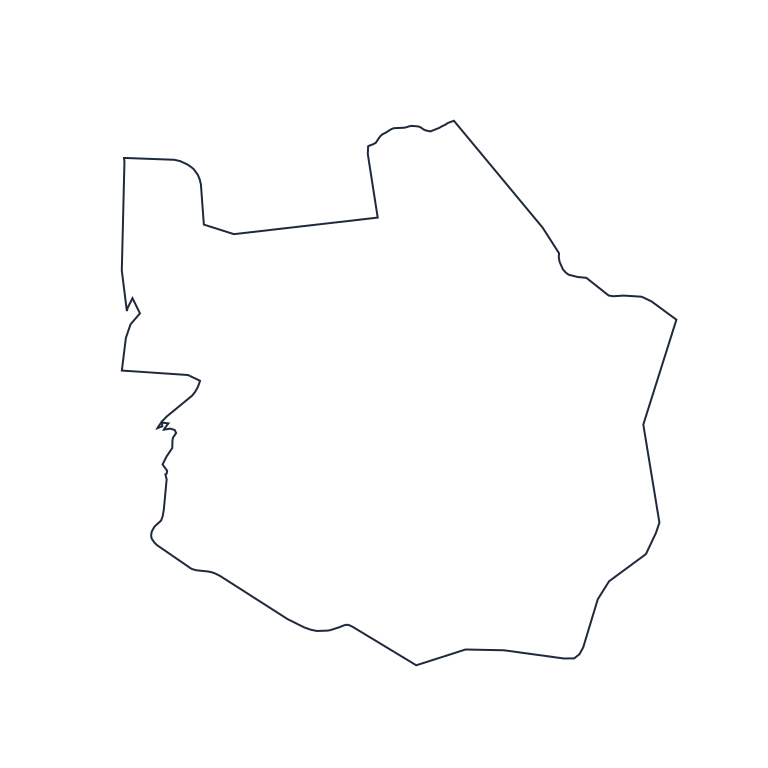 SVG path tracing the border of Sud-Bandama, rotated 100°
{"feature_id": "CIV-3447", "entity_name": "Sud-Bandama", "entity_type": "Department", "adm_level": 1, "iso_a3": "CIV", "parent_name": "Ivory Coast", "parent_adm1": "", "projection": "mercator", "projection_center": [-5.503, 5.631], "detail": "fine", "context": "isolated", "style": "outline", "palette": "slate", "viewbox_px": 768, "rotation_deg": 100, "n_neighbors": 0, "source": "natural_earth", "source_scale": "10m", "svg_char_len": 1771}
<svg xmlns="http://www.w3.org/2000/svg" viewBox="0 0 768 768"><g transform="rotate(100 384 384)"><path d="M416.3,644.5L383.5,646.2L369.3,644.0L356.8,636.6L343.2,646.6L353.3,649.6L356.8,649.9L317.9,661.9L210.2,678.2L206.6,679.3L206.3,677.8L199.6,629.4L199.9,623.4L202.0,615.6L203.7,611.8L205.4,608.8L210.3,603.7L214.4,601.1L219.1,599.0L258.3,589.1L262.5,557.9L221.2,419.1L160.3,439.9L152.6,440.9L151.4,439.2L149.9,436.5L147.8,433.9L142.8,431.8L139.9,430.2L138.1,428.6L136.1,425.8L133.0,422.5L131.5,420.7L130.3,418.5L128.1,408.6L127.2,406.4L126.1,404.4L125.1,402.1L124.5,396.7L124.5,394.1L125.2,391.7L126.3,389.6L127.0,387.1L127.2,382.2L122.2,374.1L120.4,372.0L118.4,369.2L115.8,366.3L112.6,360.9L202.6,254.8L224.9,234.3L228.8,233.9L233.2,232.3L239.9,227.8L242.6,224.5L244.3,221.2L245.0,212.0L244.3,203.2L257.8,178.2L257.8,173.7L255.3,163.2L253.3,145.4L256.2,134.9L269.9,107.2L378.9,121.6L472.7,88.7L483.4,90.3L506.0,96.5L539.2,128.1L558.9,136.1L608.9,142.1L616.2,144.6L621.2,149.1L623.1,159.4L625.4,219.6L631.3,257.6L655.4,303.4L628.4,373.2L627.4,377.2L627.8,379.7L628.8,381.8L631.3,385.8L635.8,394.3L636.7,396.9L638.9,407.3L638.7,413.4L637.6,420.1L632.3,438.1L601.5,512.1L599.9,517.4L599.3,521.1L599.2,524.6L600.0,536.1L599.8,539.1L599.3,541.9L582.1,579.6L579.9,582.7L577.9,584.7L576.0,586.3L573.1,587.1L569.6,587.1L564.2,585.2L557.2,579.8L552.7,579.0L546.1,579.0L515.6,581.5L511.0,583.6L510.1,582.5L507.1,582.5L501.7,588.1L493.0,585.5L483.8,581.4L476.5,582.5L473.5,582.5L468.4,580.2L465.6,582.2L465.1,586.9L467.2,592.8L465.7,592.3L460.2,589.5L460.5,594.7L460.2,596.2L464.2,595.0L465.0,596.5L466.9,599.5L466.2,599.3L459.3,596.1L453.8,592.4L428.6,570.8L424.2,568.5L418.9,566.7L412.8,565.7L409.2,578.7L416.3,644.5Z" fill="none" stroke="#1e293b" stroke-width="2"/></g></svg>